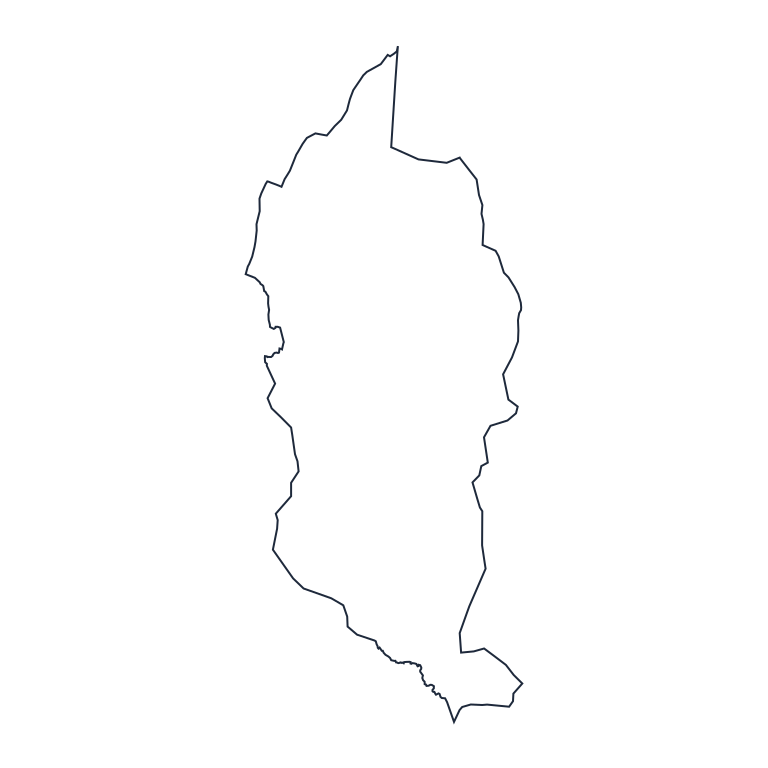 outline of Kokona, Nassarawa, Nigeria
{"feature_id": "59680162B28903777440270", "entity_name": "Kokona", "entity_type": "district", "adm_level": 2, "iso_a3": "NGA", "parent_name": "Nigeria", "parent_adm1": "Nassarawa", "projection": "equal_earth", "projection_center": [8.04, 8.812], "detail": "fine", "context": "isolated", "style": "outline", "palette": "slate", "viewbox_px": 768, "rotation_deg": 0, "n_neighbors": 0, "source": "geoboundaries", "source_scale": "gbopen_adm2", "svg_char_len": 3204}
<svg xmlns="http://www.w3.org/2000/svg" viewBox="0 0 768 768"><path d="M397.9,46.1L396.8,51.4L393.7,53.9L390.5,56.0L390.1,56.3L389.4,55.9L387.7,54.9L380.8,64.1L366.8,71.9L364.8,73.9L363.3,75.3L360.2,80.0L358.2,82.9L353.3,90.1L350.8,96.7L349.9,99.2L348.5,104.4L347.0,110.4L341.2,119.8L334.8,126.0L330.3,131.4L326.8,135.5L321.2,134.5L315.4,133.4L306.9,137.9L304.8,140.8L302.6,143.9L298.0,151.9L296.3,154.6L293.7,161.2L289.9,170.7L287.7,174.3L284.6,179.2L282.7,183.9L281.5,186.8L279.5,185.9L276.0,184.5L271.3,182.8L268.6,181.7L267.3,181.4L265.7,183.9L261.3,193.4L259.5,198.6L259.7,211.2L256.5,224.2L256.7,230.5L255.5,241.4L254.5,247.1L252.2,256.6L249.2,264.0L247.8,266.5L245.7,274.2L254.9,277.8L258.9,281.5L259.7,282.2L260.5,283.9L261.4,284.5L262.5,285.2L263.3,286.1L263.7,288.3L264.2,291.1L265.4,291.7L266.9,294.4L268.3,296.2L268.1,303.4L268.5,306.7L269.1,309.9L268.4,314.5L268.7,320.0L269.9,324.8L270.0,326.9L271.0,327.5L273.7,328.9L275.4,327.9L275.6,326.8L277.7,326.8L280.1,327.6L283.8,342.1L283.4,343.2L282.0,349.4L281.4,349.0L279.5,348.5L279.0,352.6L278.0,353.0L276.7,352.6L274.6,352.9L273.2,354.4L272.6,355.8L271.1,357.0L270.1,357.0L268.5,356.9L267.4,357.1L266.9,356.4L265.0,356.1L264.8,358.1L265.0,360.6L265.2,362.3L266.9,363.8L266.8,365.7L275.0,383.4L275.1,383.6L267.6,398.2L271.7,408.4L280.9,417.2L291.1,427.5L292.3,435.2L295.0,454.2L297.5,461.3L298.6,471.4L291.1,482.8L291.1,496.2L275.8,513.7L277.7,520.1L277.1,528.7L272.9,549.7L293.1,578.4L303.6,588.5L331.3,598.3L343.3,605.3L347.2,616.6L347.6,626.6L357.1,634.7L374.5,640.5L375.8,641.3L376.7,644.5L377.5,645.9L377.8,647.8L378.5,648.6L379.6,647.6L380.3,648.6L381.8,650.8L382.8,650.8L383.6,652.7L385.5,654.8L388.4,656.5L390.1,658.0L391.2,660.2L394.3,660.9L395.4,660.8L396.1,662.4L397.1,662.5L398.2,663.1L399.1,663.0L400.3,662.4L401.2,662.9L402.0,662.5L402.9,662.9L403.7,663.3L404.1,662.1L406.6,661.9L409.5,661.8L410.6,662.1L410.5,663.5L411.3,663.8L412.5,663.1L414.5,663.4L416.3,663.9L417.6,666.3L418.4,666.1L418.7,664.8L420.2,665.2L421.3,667.5L421.2,668.9L420.2,670.3L420.2,671.7L422.9,675.4L422.3,678.0L423.1,680.2L424.6,681.7L424.7,684.2L425.9,684.5L426.5,685.9L428.7,685.7L430.3,684.8L431.8,684.9L433.9,686.2L433.8,688.4L432.5,689.9L432.5,691.2L433.3,691.9L434.4,691.9L435.4,693.9L436.0,694.7L438.5,693.4L439.6,694.0L440.5,696.9L441.8,698.0L445.1,698.3L447.1,702.2L454.0,721.9L459.6,710.0L462.2,707.0L470.8,704.5L482.2,705.0L487.1,704.6L509.1,706.7L513.0,701.2L513.4,693.6L522.3,683.5L513.7,675.0L505.9,664.9L494.3,656.1L484.1,648.5L473.8,651.4L461.1,652.6L459.7,633.1L466.8,613.2L469.3,606.3L485.6,568.7L484.3,560.3L482.1,545.4L482.3,511.2L479.9,507.5L477.3,498.9L472.5,482.4L479.3,475.4L481.3,466.1L487.8,462.6L484.0,437.3L490.5,425.8L507.5,420.5L516.0,413.3L517.7,406.6L508.4,399.6L503.1,374.3L512.0,357.4L515.0,349.4L518.0,341.4L518.4,330.6L518.0,320.2L518.6,316.4L519.2,313.2L521.0,310.1L521.2,307.4L520.8,302.8L518.3,294.2L514.6,287.1L508.5,277.4L503.9,272.7L498.7,256.4L495.6,250.8L482.6,245.0L483.6,224.1L482.9,219.8L481.5,213.9L482.4,205.1L479.0,195.0L476.6,179.5L469.0,169.8L460.0,158.2L459.7,157.6L446.7,162.8L418.5,159.4L395.1,148.9L391.2,147.2L395.3,82.0L397.3,53.6L397.9,46.1Z" fill="none" stroke="#1e293b" stroke-width="2"/></svg>